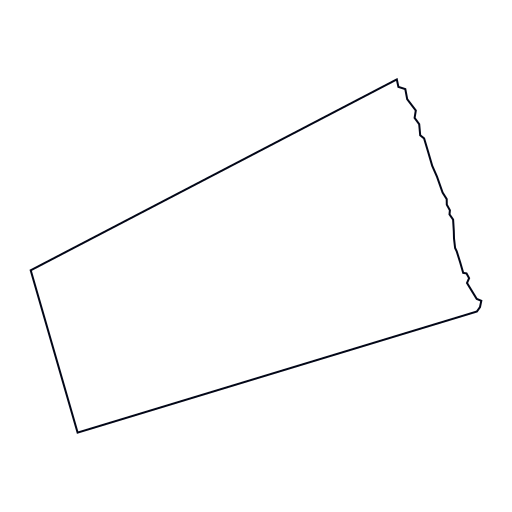 outline of Ngermelech, Melekeok, Palau
{"feature_id": "81905179B18672892914333", "entity_name": "Ngermelech", "entity_type": "district", "adm_level": 2, "iso_a3": "PLW", "parent_name": "Palau", "parent_adm1": "Melekeok", "projection": "robinson", "projection_center": [134.633, 7.502], "detail": "fine", "context": "isolated", "style": "outline", "palette": "ink", "viewbox_px": 512, "rotation_deg": 0, "n_neighbors": 0, "source": "geoboundaries", "source_scale": "gbopen_adm2", "svg_char_len": 539}
<svg xmlns="http://www.w3.org/2000/svg" viewBox="0 0 512 512"><path d="M30.7,270.3L77.6,432.6L476.9,311.5L480.0,307.1L481.3,300.8L476.7,298.9L467.0,283.0L469.1,278.2L466.5,273.4L463.2,272.9L460.3,262.8L456.7,251.3L455.1,248.0L454.0,238.4L453.8,231.1L453.1,219.6L449.5,214.4L449.9,210.3L446.8,204.7L446.7,199.1L442.6,192.6L437.0,176.7L432.2,165.8L428.2,152.1L424.1,138.4L420.2,135.3L419.2,124.2L414.6,117.9L415.8,110.5L407.2,99.2L405.3,89.1L402.5,88.2L398.4,86.9L396.8,79.4L30.7,270.3Z" fill="none" stroke="#020617" stroke-width="2"/></svg>